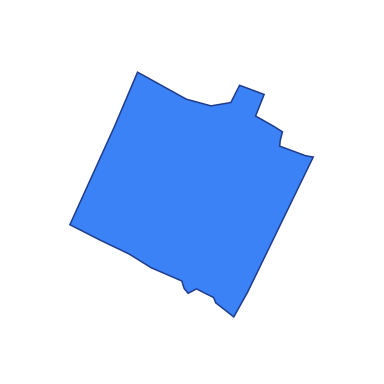 outline of Lolua, Tuvalu, rotated 338°
{"feature_id": "33948139B18682129171458", "entity_name": "Lolua", "entity_type": "district", "adm_level": 2, "iso_a3": "TUV", "parent_name": "Tuvalu", "parent_adm1": "", "projection": "robinson", "projection_center": [176.115, -5.674], "detail": "fine", "context": "isolated", "style": "filled", "palette": "blue", "viewbox_px": 384, "rotation_deg": 338, "n_neighbors": 0, "source": "geoboundaries", "source_scale": "gbopen_adm2", "svg_char_len": 515}
<svg xmlns="http://www.w3.org/2000/svg" viewBox="0 0 384 384"><g transform="rotate(338 192 192)"><path d="M66.5,176.6L89.3,202.8L110.4,225.9L125.9,247.1L149.3,270.8L148.9,273.5L148.6,278.8L150.5,284.5L159.8,283.5L172.5,298.0L172.5,303.7L177.3,311.9L183.9,323.5L205.8,305.9L317.5,205.0L310.6,200.7L290.5,182.3L293.0,177.5L298.4,170.1L293.0,162.5L279.4,145.4L295.4,128.6L276.1,110.9L261.5,123.6L241.8,119.2L221.5,103.8L186.4,60.5L144.9,102.0L66.5,176.6Z" fill="#3b82f6" stroke="#1e3a8a" stroke-width="1.5"/></g></svg>